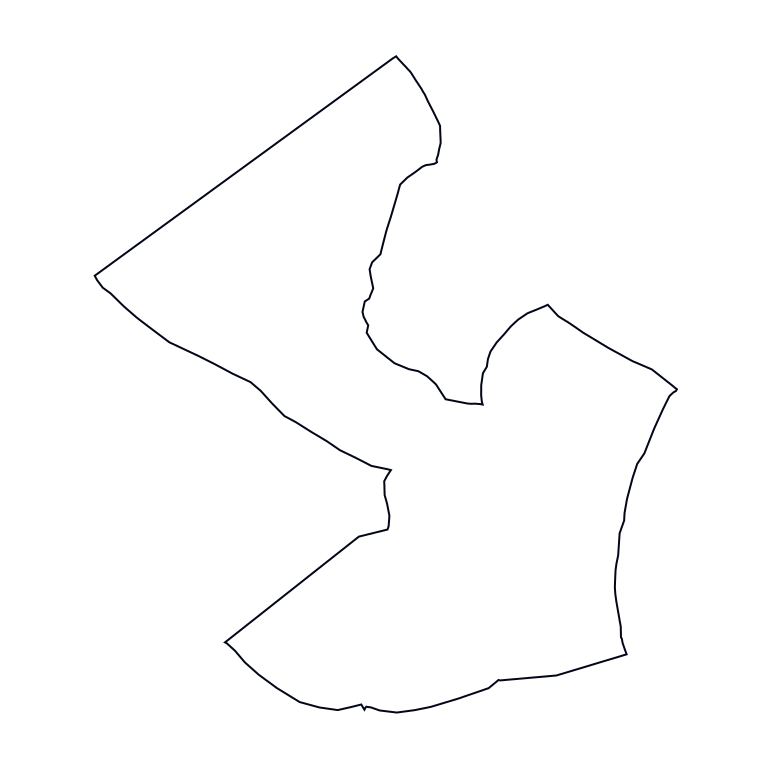 the district of Village, Anse-la-Raye, Saint Lucia, rotated 182°
{"feature_id": "8701671B42639255298272", "entity_name": "Village", "entity_type": "district", "adm_level": 2, "iso_a3": "LCA", "parent_name": "Saint Lucia", "parent_adm1": "Anse-la-Raye", "projection": "albers", "projection_center": [-61.042, 13.939], "detail": "fine", "context": "isolated", "style": "outline", "palette": "ink", "viewbox_px": 768, "rotation_deg": 182, "n_neighbors": 0, "source": "geoboundaries", "source_scale": "gbopen_adm2", "svg_char_len": 2701}
<svg xmlns="http://www.w3.org/2000/svg" viewBox="0 0 768 768"><g transform="rotate(182 384 384)"><path d="M392.2,57.8L391.2,59.9L390.4,60.9L389.1,60.7L385.6,60.3L377.1,57.6L359.8,56.1L342.1,59.1L327.4,62.6L325.2,63.2L297.9,72.5L292.3,74.7L268.8,83.7L259.2,92.2L257.7,91.8L201.6,98.7L132.1,122.3L134.4,128.0L136.5,133.5L137.4,137.7L138.2,138.8L138.4,140.3L138.9,149.6L139.3,151.6L140.2,155.6L140.9,159.1L144.2,174.7L145.5,182.2L146.2,188.9L146.2,193.0L146.1,205.9L145.4,212.7L144.0,220.8L143.3,243.1L139.2,256.0L139.2,258.1L139.1,263.5L137.1,277.7L132.3,298.7L129.2,309.4L128.2,312.9L121.4,323.7L112.5,348.7L104.4,368.4L98.3,381.9L94.5,385.7L91.9,387.3L91.1,389.0L93.4,390.6L94.5,391.5L95.4,392.2L98.9,394.8L116.8,407.9L131.9,413.8L136.2,415.4L161.0,427.9L187.2,442.5L188.7,443.5L194.7,447.4L195.8,448.1L201.7,451.8L209.3,456.1L211.4,457.4L212.3,457.9L223.1,468.9L226.2,467.3L234.0,463.7L241.5,460.4L243.2,459.6L252.2,453.0L258.9,446.4L262.0,442.6L265.1,438.6L272.9,429.4L276.7,423.3L278.7,420.2L281.0,412.5L281.5,408.0L281.8,404.9L285.5,398.2L286.8,386.2L286.5,376.0L285.6,369.7L284.7,366.9L287.1,367.3L292.9,367.5L295.2,367.3L296.9,367.2L298.1,367.3L300.5,367.5L321.9,370.9L332.1,385.5L336.4,389.2L341.3,393.3L348.2,397.0L350.2,398.0L359.7,399.7L367.2,402.5L374.2,405.1L391.0,417.5L392.2,418.4L394.0,421.0L403.1,434.6L401.8,442.1L403.8,445.1L404.6,446.7L406.7,450.5L408.0,455.3L406.1,465.8L401.8,468.8L401.1,470.8L400.8,471.9L398.1,479.2L401.1,491.4L401.8,495.1L402.4,498.2L400.1,505.2L394.6,510.9L392.1,513.5L390.2,522.6L387.8,533.4L387.2,536.3L385.5,542.5L383.0,551.3L379.0,566.8L376.7,575.9L375.7,580.4L374.8,583.9L367.9,591.1L366.3,592.3L360.4,596.7L353.3,602.5L349.8,604.2L348.0,604.5L346.1,604.8L341.4,605.8L338.8,607.4L339.4,609.8L338.5,613.0L337.9,615.0L337.0,621.1L336.6,622.8L335.8,626.8L335.9,629.0L336.2,632.8L336.7,639.0L336.9,642.6L337.0,644.0L337.6,645.2L338.6,647.2L344.1,657.6L350.1,668.3L353.5,675.1L355.2,677.4L356.8,680.2L362.1,687.6L362.7,688.4L367.3,695.2L368.8,697.2L370.6,698.9L373.6,702.0L378.9,707.2L381.3,709.6L382.6,711.1L383.3,711.9L386.6,709.7L676.9,482.1L674.3,477.7L668.4,470.4L660.4,465.0L646.6,452.4L633.9,442.1L628.5,438.2L618.6,431.2L600.0,418.2L570.1,405.4L554.4,398.2L535.6,389.0L517.4,381.2L507.0,372.9L495.1,360.6L482.4,348.5L471.0,342.9L454.7,333.4L439.1,324.8L425.7,316.3L409.2,309.0L393.7,301.7L377.2,298.9L374.1,298.2L376.5,294.3L378.2,291.4L380.4,286.8L380.0,281.7L379.5,273.1L376.7,264.3L374.0,252.5L374.4,242.1L374.8,240.6L375.4,238.7L403.8,230.6L533.9,120.2L532.1,119.4L523.7,112.3L513.3,100.9L499.2,89.2L480.5,76.4L457.2,63.2L437.3,58.5L418.9,56.5L405.6,60.0L395.5,62.9L393.2,59.3L392.2,57.8Z" fill="none" stroke="#020617" stroke-width="2"/></g></svg>